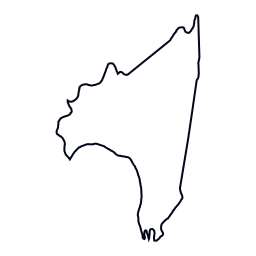 Cidade De Quelimane, Zambezia, Mozambique
{"feature_id": "85939544B40669081557189", "entity_name": "Cidade De Quelimane", "entity_type": "district", "adm_level": 2, "iso_a3": "MOZ", "parent_name": "Mozambique", "parent_adm1": "Zambezia", "projection": "robinson", "projection_center": [36.901, -17.867], "detail": "fine", "context": "isolated", "style": "outline", "palette": "ink", "viewbox_px": 256, "rotation_deg": 0, "n_neighbors": 0, "source": "geoboundaries", "source_scale": "gbopen_adm2", "svg_char_len": 5817}
<svg xmlns="http://www.w3.org/2000/svg" viewBox="0 0 256 256"><path d="M69.9,159.4L70.4,158.6L70.7,157.9L71.3,157.2L71.6,156.5L72.2,155.6L72.6,154.9L73.2,154.0L73.6,153.2L74.2,152.6L74.6,151.9L75.4,151.1L76.1,150.5L76.7,149.5L77.5,148.9L78.4,148.1L79.0,147.3L79.8,147.3L80.6,146.6L81.4,146.3L82.3,146.0L82.9,145.7L83.8,145.4L84.7,145.1L86.4,144.4L87.1,144.3L87.9,144.2L89.5,144.2L90.4,144.3L91.3,144.4L92.2,144.3L92.9,144.3L93.5,144.0L94.3,144.0L95.3,143.6L96.0,143.6L96.8,143.9L97.4,144.0L98.4,144.3L99.2,144.7L100.1,144.9L101.8,145.5L102.8,145.8L103.5,146.1L104.3,146.3L105.0,147.0L106.0,147.6L106.7,147.9L107.6,148.6L108.3,148.9L109.1,149.2L109.7,149.8L110.7,150.2L111.3,150.8L112.1,151.1L113.0,151.5L113.8,152.1L114.4,152.7L115.2,153.4L115.6,154.1L116.2,154.4L117.2,155.0L118.1,155.5L119.0,155.8L119.7,155.7L120.4,155.9L121.1,155.9L121.8,156.2L122.7,156.4L123.5,156.4L125.4,156.7L126.1,157.0L127.0,157.0L127.7,157.2L128.5,157.5L129.1,157.8L130.0,158.6L130.8,159.5L131.0,160.1L131.7,161.2L132.2,162.1L132.6,163.0L133.2,163.9L133.7,164.9L134.5,165.8L135.1,166.8L135.4,167.7L135.9,168.7L136.5,169.7L136.8,170.5L137.1,171.3L137.5,172.5L138.0,174.0L138.1,174.6L138.4,175.7L138.9,176.6L139.3,178.2L139.6,179.2L139.8,179.9L139.8,181.5L140.1,182.1L140.2,183.1L140.5,183.9L140.5,185.6L140.8,186.3L141.0,187.0L141.1,187.7L141.2,188.8L141.2,189.8L141.3,190.7L141.4,191.7L141.4,193.8L141.5,194.5L141.6,195.4L141.6,197.3L141.4,198.0L141.2,199.9L141.2,200.8L141.1,201.8L140.9,202.8L140.7,203.8L140.7,204.4L140.1,205.4L140.1,206.1L139.9,207.1L139.4,208.1L139.1,209.0L138.8,210.0L138.6,210.8L138.3,211.7L138.1,212.7L137.9,213.7L137.8,214.6L137.8,215.3L138.1,216.3L138.4,218.3L138.4,221.1L138.8,223.0L139.1,223.8L139.4,224.9L140.0,225.8L140.2,226.8L140.4,227.6L140.7,228.4L141.0,230.0L141.3,231.0L141.5,231.7L141.8,232.6L142.1,233.4L142.3,234.3L142.5,235.3L142.6,236.2L142.7,237.2L142.9,237.9L143.5,238.7L144.4,239.0L144.9,238.1L144.9,237.2L144.4,235.5L144.4,234.9L144.3,233.9L144.3,233.3L144.6,231.6L144.9,230.8L145.7,230.3L146.4,230.6L146.7,231.6L146.7,232.5L147.2,233.5L147.8,234.9L148.0,236.0L148.3,236.9L148.4,237.7L148.7,238.7L148.8,239.1L149.0,238.6L149.2,237.6L149.4,235.7L149.4,235.0L149.6,234.0L149.6,232.1L149.7,231.5L150.2,229.5L150.9,229.1L152.6,229.1L153.4,229.6L154.3,231.3L154.5,232.1L154.5,233.1L154.5,234.0L154.3,235.0L154.2,235.9L154.1,236.6L154.0,237.3L154.0,238.2L154.2,239.8L154.3,240.6L155.1,240.6L155.8,240.6L156.7,240.6L157.5,239.9L158.1,239.4L158.9,238.7L159.8,237.7L160.0,237.1L160.9,236.4L161.6,236.0L162.5,235.4L163.0,234.5L162.9,232.8L162.4,231.9L161.8,230.9L161.3,230.0L161.1,229.0L161.1,227.1L161.3,226.4L161.2,225.5L161.5,224.7L161.8,224.1L162.4,223.1L163.3,222.5L163.8,221.5L164.7,221.0L165.3,220.2L166.1,219.6L166.9,218.9L167.8,218.6L168.4,217.7L169.2,216.7L170.4,214.8L171.3,213.8L171.6,213.1L172.3,212.4L172.8,211.4L173.0,210.7L173.9,210.0L174.6,208.9L175.1,207.9L175.8,207.3L176.9,205.9L177.7,205.1L178.3,204.5L178.8,203.5L179.7,202.4L180.3,201.5L180.9,200.4L181.3,199.6L181.9,199.1L182.5,197.7L182.3,196.8L182.2,195.9L181.9,195.2L181.6,194.2L181.0,193.2L180.8,192.2L180.4,191.5L180.4,190.8L180.2,190.0L180.0,188.9L180.0,188.2L180.0,187.1L180.4,186.2L180.4,185.5L188.2,138.5L191.6,115.5L196.5,81.6L196.6,80.8L196.9,80.1L197.4,79.1L197.9,78.5L198.3,77.5L198.5,76.6L198.6,75.5L198.5,74.7L198.8,73.9L198.8,73.0L198.7,72.1L198.7,69.5L198.6,68.5L198.6,67.6L198.5,66.6L198.5,64.5L198.4,63.6L198.4,62.9L198.5,62.0L198.7,61.0L199.0,60.0L199.2,59.0L199.2,58.3L199.4,57.3L199.4,56.4L198.2,17.2L197.8,16.3L197.5,15.5L196.9,15.4L196.0,15.4L195.6,16.3L195.4,17.3L195.3,18.2L194.9,19.3L194.5,20.2L194.3,21.2L194.3,22.3L194.0,24.0L193.8,24.9L193.8,25.9L193.3,26.9L192.8,27.7L192.6,28.5L191.7,29.2L191.5,30.0L190.9,31.0L190.0,31.9L189.0,32.9L188.2,32.9L187.4,32.6L186.5,32.4L185.7,32.0L185.1,31.1L184.8,30.4L184.4,29.6L184.2,28.5L183.6,27.5L182.8,27.3L182.1,27.3L181.3,27.4L180.3,27.4L179.7,27.6L179.0,27.8L178.3,28.2L177.7,29.1L176.8,29.8L176.5,30.8L175.9,31.3L175.6,32.4L174.7,33.1L173.5,34.8L173.0,35.6L172.7,36.2L172.1,37.2L171.5,37.8L171.0,38.7L170.1,40.4L128.0,74.4L127.2,74.8L126.3,74.8L125.7,74.7L124.7,74.5L123.9,74.0L123.3,73.7L122.7,72.8L121.7,72.2L120.9,71.9L119.9,72.0L119.3,72.7L118.5,73.2L117.8,73.8L117.4,72.4L116.8,71.3L116.4,70.5L116.2,69.5L115.9,68.6L115.6,68.0L115.4,67.2L114.7,66.3L114.4,65.6L113.8,64.6L113.2,63.9L112.2,63.3L110.8,63.3L108.9,63.6L108.1,64.4L107.8,65.1L107.5,66.1L107.3,67.0L106.9,67.7L106.4,68.7L105.8,70.5L105.6,71.4L104.9,72.8L104.6,73.8L104.3,74.6L104.0,75.4L103.7,76.2L103.4,77.0L102.9,77.8L102.6,78.9L102.3,79.5L102.0,80.3L101.4,80.9L100.9,81.8L100.5,82.5L99.9,82.8L99.0,83.5L97.3,84.1L96.4,84.4L95.7,84.7L94.8,85.0L94.0,85.0L93.1,85.3L92.4,85.5L91.5,85.5L90.5,85.3L89.8,85.3L89.1,85.0L88.5,85.0L87.0,84.3L84.6,84.3L83.6,84.6L82.8,84.8L81.9,85.1L81.1,85.7L80.3,86.2L79.8,87.0L79.2,88.0L79.5,88.9L79.2,89.9L78.7,91.4L78.7,92.2L78.5,93.0L78.5,93.7L78.3,94.6L78.3,95.4L78.0,96.2L77.7,96.8L77.2,97.8L75.4,99.7L74.6,100.1L73.9,100.8L72.4,101.4L71.7,101.7L70.0,101.7L69.3,101.4L68.7,101.2L67.7,100.5L67.6,101.5L67.8,102.3L68.1,103.2L68.4,103.9L68.7,104.8L69.2,105.6L69.4,106.3L70.0,107.0L70.6,108.0L71.2,108.6L71.6,110.5L71.7,111.4L71.4,112.4L70.5,113.0L70.3,114.0L69.4,114.6L68.6,115.2L67.9,115.4L67.0,115.8L65.2,116.4L64.6,116.4L63.7,116.9L62.9,117.2L61.9,117.7L61.0,118.1L59.6,119.8L59.1,120.9L58.4,121.7L58.4,123.8L58.2,124.7L58.2,125.8L58.1,126.7L58.0,127.7L57.6,128.6L57.3,129.5L56.8,130.5L56.6,131.4L56.6,132.4L56.8,133.4L57.3,134.3L58.1,134.6L59.0,135.2L59.6,135.9L60.2,136.2L61.0,136.5L61.9,137.5L62.7,138.1L63.0,139.0L64.2,140.9L64.5,141.8L64.8,142.9L64.8,143.8L64.8,144.8L64.5,146.5L64.4,148.2L64.4,150.7L64.6,151.6L65.0,152.5L65.3,153.3L65.6,154.2L66.2,155.2L67.0,155.9L68.2,157.2L69.6,158.9L69.9,159.4Z" fill="none" stroke="#020617" stroke-width="2"/></svg>